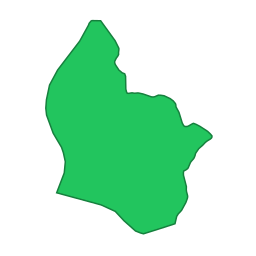 Distrito Capital, Equal Earth projection, rotated 97°
{"feature_id": "VEN-43", "entity_name": "Distrito Capital", "entity_type": "Capital District", "adm_level": 1, "iso_a3": "VEN", "parent_name": "Venezuela", "parent_adm1": "", "projection": "equal_earth", "projection_center": [-67.01, 10.484], "detail": "fine", "context": "isolated", "style": "filled", "palette": "green", "viewbox_px": 256, "rotation_deg": 97, "n_neighbors": 0, "source": "natural_earth", "source_scale": "10m", "svg_char_len": 1454}
<svg xmlns="http://www.w3.org/2000/svg" viewBox="0 0 256 256"><g transform="rotate(97 128 128)"><path d="M126.7,43.6L127.5,43.8L128.1,44.2L128.9,44.9L131.1,47.7L132.9,49.5L135.9,51.7L139.8,55.2L144.4,57.6L145.3,57.9L147.2,58.1L149.1,58.6L150.2,59.0L153.8,61.4L154.9,61.9L160.2,63.4L161.1,63.9L162.5,65.4L163.2,66.4L163.8,67.4L165.4,67.6L168.1,67.2L179.1,62.9L182.3,62.6L184.2,62.1L187.7,60.7L188.5,60.5L189.2,60.4L190.6,60.5L194.9,61.5L203.2,64.8L205.9,66.7L206.8,67.5L209.8,68.9L217.3,69.7L225.8,88.0L231.1,99.7L230.7,102.6L229.3,108.0L220.6,120.6L212.3,130.5L207.6,145.3L201.0,190.9L180.4,185.8L169.1,186.1L160.5,189.1L155.3,191.6L142.3,201.6L125.1,210.4L118.3,212.0L109.9,212.4L94.9,211.1L79.0,204.9L47.6,186.5L30.9,179.8L28.8,179.3L26.3,177.7L25.8,176.8L24.9,168.2L43.0,151.4L50.0,146.8L51.4,146.6L54.2,146.6L56.2,146.3L58.1,147.0L60.0,148.1L63.3,149.3L65.2,149.1L67.0,148.0L71.7,144.0L72.7,142.3L73.9,140.6L74.6,137.9L77.0,136.7L89.7,134.9L92.3,133.9L93.6,133.0L93.6,132.1L93.4,131.0L92.8,129.1L92.6,128.1L92.7,125.8L92.5,124.8L92.0,122.5L92.0,121.5L92.4,117.2L94.2,108.7L94.2,107.7L94.1,106.6L93.7,105.3L91.7,101.9L91.5,99.5L91.6,96.1L93.7,89.7L95.6,86.4L98.0,83.9L99.1,83.4L100.0,83.2L100.6,83.1L101.4,82.8L106.3,79.3L116.4,74.8L118.4,73.4L119.5,72.2L119.5,71.3L119.4,70.1L119.1,69.0L118.5,68.0L115.8,64.4L115.4,63.5L116.1,60.8L117.6,56.8L121.6,48.6L123.9,45.5L125.6,43.7L126.7,43.6Z" fill="#22c55e" stroke="#15803d" stroke-width="1.5"/></g></svg>